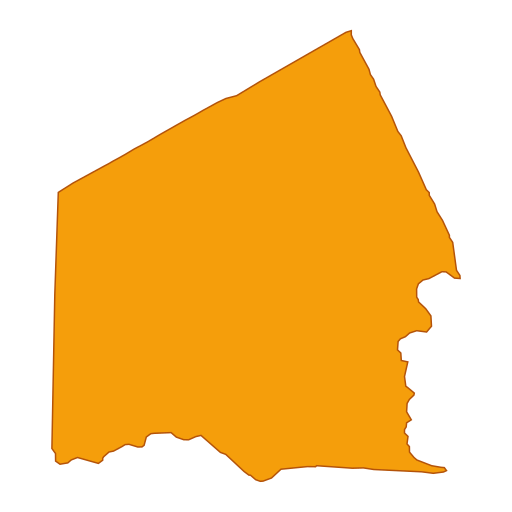 the district of Lanquín, Alta Verapaz, Guatemala
{"feature_id": "79465075B47647601026557", "entity_name": "Lanquín", "entity_type": "district", "adm_level": 2, "iso_a3": "GTM", "parent_name": "Guatemala", "parent_adm1": "Alta Verapaz", "projection": "orthographic", "projection_center": [-89.968, 15.576], "detail": "fine", "context": "isolated", "style": "filled", "palette": "amber", "viewbox_px": 512, "rotation_deg": 0, "n_neighbors": 0, "source": "geoboundaries", "source_scale": "gbopen_adm2", "svg_char_len": 1833}
<svg xmlns="http://www.w3.org/2000/svg" viewBox="0 0 512 512"><path d="M351.3,30.7L346.0,32.3L259.7,81.7L236.6,95.7L225.9,98.5L217.4,102.5L203.5,110.1L194.3,115.4L185.1,120.3L176.6,125.1L160.4,134.3L147.2,142.1L134.2,149.0L124.9,154.6L117.2,158.9L112.9,161.2L108.3,163.9L104.3,166.0L73.1,183.0L58.3,192.4L54.8,294.6L51.9,448.5L55.5,453.5L55.6,461.1L60.0,464.2L67.8,462.9L71.3,459.9L77.5,457.5L98.4,463.4L102.7,460.2L102.7,458.2L103.7,456.7L109.0,452.0L113.5,451.1L122.1,446.5L125.1,444.6L129.0,444.3L137.8,447.0L142.0,446.9L144.1,445.3L146.3,437.0L150.8,433.7L154.1,433.3L171.1,432.6L176.3,437.1L183.7,439.7L188.6,439.8L195.8,436.6L201.0,435.4L220.4,452.4L224.0,453.7L225.8,454.4L244.1,471.5L248.9,475.1L250.5,475.2L255.7,479.7L260.3,481.3L263.1,481.1L271.5,478.0L281.0,469.2L307.3,466.6L315.6,466.7L316.6,465.7L325.0,466.3L352.4,468.2L363.4,467.9L373.8,469.5L421.6,471.8L433.3,473.3L443.5,472.0L446.5,470.6L444.3,467.6L440.9,467.3L431.6,465.7L416.9,460.0L414.0,457.5L409.5,452.1L409.4,446.6L407.0,443.9L408.0,436.4L404.5,433.0L404.5,429.6L406.2,426.9L406.6,422.8L411.3,419.8L406.6,411.8L407.1,403.4L409.4,399.4L413.9,395.1L414.3,393.1L407.6,387.5L405.8,386.2L404.5,376.5L407.8,361.9L401.3,360.5L400.8,353.0L397.5,349.9L398.1,341.5L400.4,338.8L405.4,336.7L409.6,333.0L416.7,330.7L426.6,332.0L431.5,326.2L430.9,315.9L425.7,308.7L418.6,302.0L418.2,299.5L416.7,297.2L416.6,288.9L418.4,283.8L423.0,280.0L428.9,278.6L441.9,271.7L446.1,271.9L454.5,278.1L460.1,278.5L459.9,275.5L456.5,270.3L452.7,242.4L449.4,237.4L449.4,235.3L442.5,220.4L437.0,211.7L434.6,204.0L429.3,195.4L429.2,192.6L426.3,189.7L418.5,172.1L405.9,147.7L401.2,135.8L397.8,131.4L391.6,116.3L380.2,94.8L379.8,92.1L376.0,86.4L373.6,79.2L370.4,74.6L369.0,69.3L359.8,52.4L359.4,49.6L352.8,38.6L351.3,34.9L351.3,30.7Z" fill="#f59e0b" stroke="#b45309" stroke-width="1.5"/></svg>